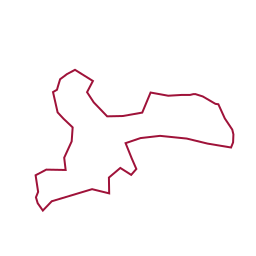 SVG path tracing the border of Kekavas, rotated 350°
{"feature_id": "LVA-5767", "entity_name": "Kekavas", "entity_type": "Municipality", "adm_level": 1, "iso_a3": "LVA", "parent_name": "Latvia", "parent_adm1": "", "projection": "albers", "projection_center": [24.247, 56.806], "detail": "fine", "context": "isolated", "style": "outline", "palette": "rose", "viewbox_px": 256, "rotation_deg": 350, "n_neighbors": 0, "source": "natural_earth", "source_scale": "10m", "svg_char_len": 755}
<svg xmlns="http://www.w3.org/2000/svg" viewBox="0 0 256 256"><g transform="rotate(350 128 128)"><path d="M85.9,61.5L101.6,75.6L93.9,85.6L98.7,96.8L109.5,112.9L125.0,115.3L144.7,115.3L156.4,97.0L173.2,103.2L186.1,104.7L195.0,106.2L198.1,106.0L200.2,106.3L207.1,109.9L218.3,119.4L221.1,120.3L225.0,135.4L230.4,147.7L230.7,152.6L229.0,160.4L226.1,165.1L203.7,157.2L184.0,148.6L158.2,141.3L138.6,140.1L123.0,142.5L126.4,158.6L129.1,169.8L123.0,174.7L113.5,166.0L100.6,173.5L98.1,189.1L82.0,182.0L40.2,186.9L29.8,194.5L26.0,186.4L25.3,180.3L28.4,175.3L28.8,158.5L40.3,154.8L59.3,158.5L60.0,146.2L70.2,131.4L73.6,117.8L66.2,107.8L61.4,100.4L60.4,79.6L64.7,78.0L66.4,74.5L69.6,68.2L77.3,64.3L85.9,61.5Z" fill="none" stroke="#9f1239" stroke-width="2"/></g></svg>